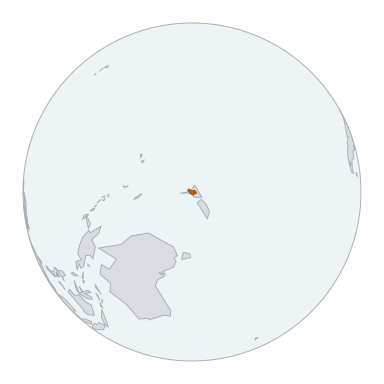 Waikato highlighted on a globe, orthographic projection, rotated 295°
{"feature_id": "NZL-5468", "entity_name": "Waikato", "entity_type": "Regional Council", "adm_level": 1, "iso_a3": "NZL", "parent_name": "New Zealand", "parent_adm1": "", "projection": "orthographic", "projection_center": [175.468, -37.886], "detail": "fine", "context": "on_globe", "style": "filled", "palette": "amber", "viewbox_px": 384, "rotation_deg": 295, "n_neighbors": 0, "source": "natural_earth", "source_scale": "10m", "svg_char_len": 6371}
<svg xmlns="http://www.w3.org/2000/svg" viewBox="0 0 384 384"><g transform="rotate(295 192 192)"><circle cx="192" cy="192" r="169" fill="#eef3f6" stroke="#a8b0b8"/><path d="M204.8,129.5L205.0,130.7L204.8,130.9L204.8,129.5ZM299.2,322.6L299.6,322.2L303.4,318.7L300.3,320.8L303.0,318.0L298.6,321.6L297.2,320.5L291.1,324.4L288.6,323.4L284.5,325.7L285.6,324.4L285.3,323.5L283.4,324.1L289.4,318.7L297.5,314.4L300.1,314.1L301.7,312.0L307.9,310.4L307.5,309.4L317.8,302.1L323.2,297.8L329.6,290.1L320.4,301.8L310.2,312.7L299.2,322.6ZM269.1,62.8L268.0,60.4L271.0,62.5L269.1,62.8ZM265.9,58.6L266.5,59.5L265.7,58.7L265.9,58.6ZM264.2,57.8L265.4,58.4L264.1,57.9L264.2,57.8ZM262.0,57.0L263.2,57.3L262.0,57.0ZM258.4,55.1L257.5,54.6L258.5,54.6L258.4,55.1ZM277.5,328.1L288.0,319.6L283.0,324.2L284.2,325.5L277.0,330.3L277.5,328.1ZM279.2,332.1L277.9,334.1L276.1,335.1L276.7,334.0L279.2,332.1ZM110.2,44.2L95.6,53.3L94.6,54.4L91.9,56.8L86.8,60.5L90.6,57.1L89.0,58.1L91.8,56.0L110.2,44.2ZM84.3,61.8L84.7,61.5L76.7,68.5L76.3,69.5L71.9,74.9L57.7,91.9L49.8,102.0L48.4,104.6L47.6,104.9L43.0,112.9L41.7,120.2L40.5,124.1L34.7,137.5L35.2,134.7L33.0,135.6L30.0,146.2L31.6,148.1L32.1,155.6L29.7,157.1L29.5,151.0L28.8,151.0L30.8,142.2L32.6,135.9L37.5,123.7L43.2,112.0L49.8,100.7L57.3,90.0L65.6,79.9L74.6,70.5L84.3,61.8ZM84.9,311.6L86.6,311.3L87.5,313.1L84.9,311.6ZM53.1,157.7L56.2,156.0L56.2,156.8L53.1,157.7ZM49.7,157.8L53.0,155.3L49.4,159.7L49.7,157.8ZM54.3,154.4L57.7,150.5L59.2,148.3L59.1,149.9L54.3,154.4ZM47.6,159.7L37.7,170.2L34.3,172.8L34.7,169.4L40.2,163.0L47.6,159.7ZM34.4,169.7L29.7,170.1L26.3,161.6L27.4,158.3L31.7,159.1L31.3,161.6L34.1,162.6L34.4,169.7ZM47.4,141.9L47.0,148.5L41.2,153.7L38.8,155.4L37.0,149.7L38.0,144.8L39.8,142.7L49.2,121.9L52.1,122.1L48.7,129.8L51.2,132.6L47.4,141.9ZM54.7,110.2L49.8,118.6L54.7,108.8L54.7,110.2ZM58.6,102.1L58.1,104.5L57.2,103.3L58.6,102.1ZM46.8,108.0L44.7,110.9L45.4,109.3L48.6,104.5L46.8,108.0ZM68.5,79.8L65.5,84.5L64.1,86.5L64.6,84.6L68.5,79.8ZM184.5,201.2L189.3,203.5L186.9,209.6L182.1,215.8L174.1,217.3L184.5,201.2ZM131.8,218.4L126.6,211.3L133.6,209.5L135.0,216.3L131.8,218.4ZM188.3,196.8L190.2,190.5L186.0,182.0L191.7,190.0L199.1,191.6L191.5,203.2L188.3,196.8ZM91.7,198.2L75.4,222.9L70.4,224.6L68.6,218.7L57.9,207.1L59.2,206.3L54.5,197.6L62.3,180.3L66.9,159.8L74.9,156.6L78.7,143.4L88.0,140.5L87.2,149.7L99.1,151.9L101.7,131.1L114.3,149.6L126.6,155.7L136.4,169.9L134.3,198.7L128.1,205.6L124.5,203.3L122.5,206.9L116.0,207.0L107.6,199.2L105.9,202.8L105.3,195.5L103.9,202.6L98.3,198.1L91.7,198.2ZM160.5,142.3L163.3,143.0L169.3,147.2L164.8,146.3L160.5,142.3ZM198.2,132.9L200.6,135.1L197.4,135.0L198.2,132.9ZM204.8,130.9L200.8,130.9L204.8,129.5L204.8,130.9ZM168.7,129.8L170.5,131.2L169.6,131.6L168.7,129.8ZM167.5,129.3L168.3,127.2L168.8,129.3L167.5,129.3ZM152.5,118.0L153.6,117.0L154.5,117.8L152.5,118.0ZM61.0,152.9L64.9,144.9L67.5,143.0L61.0,152.9ZM150.0,116.0L146.6,115.9L146.7,114.9L150.0,116.0ZM149.7,113.5L149.0,112.1L151.9,115.4L149.7,113.5ZM142.7,110.6L147.2,112.9L142.3,111.0L142.7,110.6ZM140.4,111.1L137.4,110.3L137.6,109.8L140.4,111.1ZM111.9,117.0L122.4,123.9L115.1,124.9L106.4,121.3L101.6,127.6L89.4,130.5L91.6,126.6L89.5,122.6L78.2,125.2L75.9,123.4L79.5,119.8L72.7,120.8L80.1,116.1L83.6,120.5L88.0,114.3L96.5,112.6L105.5,112.1L113.6,114.9L111.9,117.0ZM81.0,128.8L82.4,128.3L81.4,130.6L81.0,128.8ZM131.8,107.4L136.1,110.0L135.8,110.8L133.8,110.5L131.8,107.4ZM115.3,113.5L123.6,107.1L125.8,106.9L120.4,113.4L115.3,113.5ZM121.2,104.3L125.5,104.3L128.0,106.8L127.2,107.7L121.2,104.3ZM65.7,130.6L65.6,132.3L63.8,132.1L65.7,130.6ZM67.9,128.4L73.6,127.3L67.5,130.0L67.9,128.4ZM53.1,132.4L54.4,135.1L58.6,129.7L55.5,135.4L58.8,139.6L58.0,142.7L54.6,137.9L54.2,145.7L52.4,146.9L51.0,141.6L52.5,133.1L54.3,128.8L62.2,122.3L53.1,132.4ZM67.7,123.8L66.3,120.3L67.4,116.9L68.9,118.3L67.7,123.8ZM63.0,112.8L60.4,110.3L57.2,114.1L64.3,103.7L65.6,107.7L63.0,112.8ZM61.9,104.6L58.8,108.1L62.5,102.5L61.9,104.6ZM58.5,107.1L59.0,104.2L61.0,103.1L58.5,107.1ZM63.4,103.8L65.2,98.3L65.6,100.6L63.4,103.8ZM60.1,98.3L63.1,99.9L57.9,102.0L61.2,92.9L63.6,90.8L60.1,98.3ZM96.0,55.5L97.4,54.0L100.6,52.2L98.8,53.7L96.0,55.5ZM112.3,45.9L101.9,51.2L93.7,56.2L94.7,56.0L90.0,60.2L90.3,58.6L98.4,52.7L104.0,49.6L107.9,46.8L113.9,43.6L117.3,41.2L120.9,39.4L119.6,40.8L112.3,45.9ZM118.6,40.3L126.7,36.2L131.4,34.6L130.6,35.1L124.9,37.6L122.8,38.3L118.6,40.3ZM130.3,34.7L130.0,34.9L128.1,35.6L130.3,34.7Z" fill="#d9dde1" stroke="#a8b0b8" stroke-width="1"/><path d="M190.0,194.4L190.1,194.2L190.1,193.7L190.2,193.4L190.2,193.2L190.3,192.9L190.2,192.7L190.3,192.7L190.4,192.8L190.5,192.8L190.5,192.7L190.5,192.8L190.5,192.7L190.8,192.6L190.7,192.6L190.4,192.6L190.5,192.4L190.7,192.2L190.5,192.3L190.4,192.3L190.4,192.2L190.5,191.8L190.9,191.8L190.8,191.7L190.7,191.6L190.4,191.1L190.3,190.7L190.2,190.6L190.3,190.5L190.4,190.4L190.5,190.3L190.5,190.2L190.5,190.3L190.4,190.3L190.3,190.5L190.2,190.4L190.3,190.2L190.6,190.1L190.9,190.0L191.1,189.9L191.3,189.9L191.3,189.6L191.5,189.4L191.7,189.5L191.7,189.8L191.7,190.0L191.8,190.0L192.0,190.1L192.2,189.9L192.2,190.0L192.3,190.1L192.3,189.9L192.2,189.7L192.1,189.3L192.1,189.2L191.9,189.0L192.0,189.0L192.1,188.9L192.2,188.7L192.1,188.4L192.0,188.2L191.9,188.2L191.7,188.0L191.7,187.9L191.8,187.8L192.0,187.9L192.0,188.0L192.2,187.9L192.2,188.0L192.3,188.2L192.3,188.3L192.2,188.4L192.3,188.5L192.5,188.6L192.8,188.5L192.7,188.8L192.6,189.0L192.7,188.9L192.8,188.9L192.9,189.0L193.0,189.1L193.0,189.3L193.0,189.5L192.9,189.5L193.0,189.6L193.0,189.8L193.1,190.0L193.0,189.9L193.0,190.0L193.1,190.3L193.1,190.5L192.9,190.8L193.0,190.8L192.9,190.8L192.9,191.0L192.9,191.3L193.0,191.5L193.1,191.9L193.2,192.0L193.2,192.3L193.3,192.3L193.4,192.5L193.5,192.8L193.8,193.0L194.0,193.3L194.3,193.4L194.4,193.5L194.3,193.8L194.2,194.0L194.1,194.3L193.8,194.7L193.8,195.0L193.7,195.3L193.5,195.6L193.4,195.7L193.2,195.6L193.2,195.8L193.0,196.0L192.9,196.0L192.7,196.2L192.3,196.1L192.3,195.9L192.4,195.7L192.4,195.4L192.5,195.3L192.5,195.2L192.4,195.2L192.2,195.2L192.3,195.0L192.2,194.9L192.2,194.7L192.2,194.4L192.3,194.3L192.3,194.2L192.4,193.9L192.2,193.8L191.9,193.9L191.8,194.0L191.7,194.0L191.4,194.2L191.2,194.2L191.1,194.3L190.9,194.3L190.8,194.5L190.7,194.6L190.4,194.5L190.2,194.5L190.0,194.4ZM192.9,188.3L192.8,188.2L192.7,188.2L192.8,188.1L192.9,188.3L192.9,188.3Z" fill="#f59e0b" stroke="#b45309" stroke-width="1.5"/></g></svg>